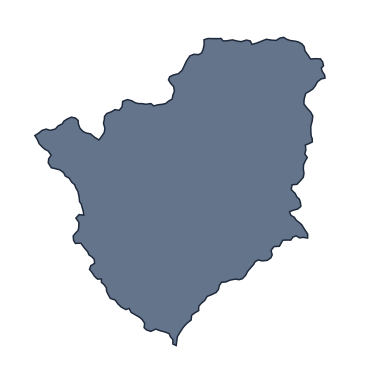 outline of Lagoa Dourada, Minas Gerais, Brazil, rotated 82°
{"feature_id": "56859067B55237530042730", "entity_name": "Lagoa Dourada", "entity_type": "district", "adm_level": 2, "iso_a3": "BRA", "parent_name": "Brazil", "parent_adm1": "Minas Gerais", "projection": "orthographic", "projection_center": [-44.076, -20.895], "detail": "fine", "context": "isolated", "style": "filled", "palette": "slate", "viewbox_px": 384, "rotation_deg": 82, "n_neighbors": 0, "source": "geoboundaries", "source_scale": "gbopen_adm2", "svg_char_len": 3210}
<svg xmlns="http://www.w3.org/2000/svg" viewBox="0 0 384 384"><g transform="rotate(82 192 192)"><path d="M341.8,229.0L337.3,227.8L333.2,226.6L329.4,223.5L325.1,219.8L322.8,217.2L320.8,214.5L318.7,210.7L314.0,209.5L312.0,205.8L310.4,201.9L306.1,201.2L303.7,198.5L301.1,194.4L297.5,191.5L296.3,186.5L294.8,182.0L292.1,179.3L288.5,178.0L285.5,175.3L285.8,171.1L284.6,166.7L284.3,161.1L285.4,157.6L284.9,154.2L281.9,150.4L278.5,148.1L275.5,144.8L272.5,141.2L269.9,139.3L268.5,135.9L270.0,132.1L270.2,127.1L268.2,123.1L265.4,121.3L260.9,121.9L257.5,118.5L257.9,113.0L255.4,111.1L252.4,108.8L252.8,104.6L253.4,100.9L250.7,98.3L249.9,95.0L252.4,91.9L252.4,88.3L253.7,83.9L249.8,83.3L244.5,85.8L239.7,87.9L237.1,90.1L234.7,92.5L231.3,94.2L228.9,97.3L225.1,98.2L224.1,94.0L223.6,89.6L221.4,86.2L217.3,86.1L214.0,86.7L211.5,88.8L207.7,90.1L203.5,93.4L198.8,91.9L199.0,87.0L196.1,83.3L192.9,79.7L189.0,78.5L184.3,78.5L180.3,77.6L176.7,75.3L173.9,73.0L170.0,75.0L166.2,73.4L161.3,73.2L160.3,69.2L159.2,65.9L156.1,65.5L153.1,66.2L148.8,65.9L143.5,65.2L138.7,63.2L133.5,61.8L129.3,63.4L124.9,66.4L120.5,68.9L116.2,68.2L110.2,65.7L108.3,61.0L106.8,58.0L104.2,55.3L100.3,52.4L98.0,48.3L97.7,44.4L94.6,44.4L90.5,46.3L87.3,46.7L85.3,44.2L81.3,44.5L78.0,46.3L77.1,51.5L76.8,56.1L73.1,57.8L67.9,60.5L63.7,60.7L60.6,62.5L58.0,66.1L56.7,69.8L55.7,73.5L53.8,77.2L51.6,79.7L51.8,83.5L53.6,87.6L52.6,92.4L51.1,97.1L52.2,101.7L53.4,106.5L54.2,112.0L50.5,113.3L49.1,117.0L50.0,122.2L48.8,126.3L47.0,130.7L47.1,136.3L46.8,140.2L44.0,141.8L43.7,145.2L43.0,150.1L42.2,154.9L42.9,158.9L47.5,159.4L52.5,161.2L55.7,163.2L56.9,166.4L55.9,171.0L56.9,175.1L61.6,179.3L66.1,182.2L70.1,184.8L73.0,189.2L73.5,194.2L74.7,198.0L77.7,199.7L81.4,198.0L85.1,195.5L89.7,195.4L93.3,197.4L97.3,198.8L98.8,202.7L100.7,205.7L101.0,209.1L100.9,213.4L101.4,217.9L98.7,220.4L98.7,225.4L97.5,229.3L97.0,232.6L95.8,235.7L93.1,239.2L91.5,243.2L92.6,248.0L97.9,249.4L101.0,252.7L99.7,256.8L101.3,260.6L102.4,265.4L104.9,268.1L107.9,268.7L111.5,270.1L116.8,269.4L120.8,270.6L124.1,273.5L127.5,276.9L124.3,280.8L120.3,284.4L118.8,288.7L116.9,291.5L113.2,294.1L109.1,295.0L105.3,294.8L102.5,297.2L101.1,301.1L102.4,305.6L103.9,308.8L106.6,311.2L107.9,315.4L110.6,318.5L111.2,323.8L109.4,327.7L110.1,331.9L112.5,335.9L114.2,339.8L117.8,338.1L123.0,336.6L126.5,334.1L129.2,331.8L131.4,328.7L136.0,326.4L139.1,329.3L143.1,330.3L148.4,328.0L149.8,324.3L151.7,319.8L155.0,316.4L158.5,315.3L161.3,311.6L165.5,309.8L168.4,307.2L171.6,306.5L175.6,304.9L181.0,304.5L185.8,304.7L188.8,303.3L192.2,302.9L195.5,302.4L199.9,302.4L198.6,306.9L201.7,310.6L206.3,308.3L210.4,308.9L214.1,310.0L216.3,312.9L219.0,315.8L223.4,316.0L226.7,314.6L227.2,309.2L232.9,306.1L236.7,303.6L239.9,302.8L242.0,300.4L245.1,298.2L249.1,298.4L250.8,302.4L254.3,304.3L258.2,302.0L261.9,300.3L265.1,297.7L265.6,293.8L268.9,294.3L271.5,292.0L274.9,290.2L278.3,290.4L282.3,289.1L286.0,287.7L288.4,283.0L292.6,280.9L296.2,278.0L299.2,273.9L298.6,270.5L302.8,269.0L305.8,265.1L308.8,261.3L311.5,259.0L315.4,257.2L319.7,258.3L322.2,256.3L324.3,252.2L322.7,247.0L325.0,242.7L326.7,238.7L329.0,234.4L332.4,233.5L335.5,231.5L339.9,232.1L341.8,229.0Z" fill="#64748b" stroke="#1e293b" stroke-width="1.5"/></g></svg>